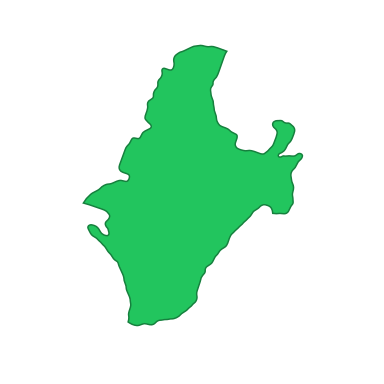 Las Yayas de Viajama, Azua, Dominican Republic (orthographic projection), rotated 289°
{"feature_id": "3306468B57328361484840", "entity_name": "Las Yayas de Viajama", "entity_type": "district", "adm_level": 2, "iso_a3": "DOM", "parent_name": "Dominican Republic", "parent_adm1": "Azua", "projection": "orthographic", "projection_center": [-70.973, 18.597], "detail": "fine", "context": "isolated", "style": "filled", "palette": "green", "viewbox_px": 384, "rotation_deg": 289, "n_neighbors": 0, "source": "geoboundaries", "source_scale": "gbopen_adm2", "svg_char_len": 6100}
<svg xmlns="http://www.w3.org/2000/svg" viewBox="0 0 384 384"><g transform="rotate(289 192 192)"><path d="M198.1,275.3L199.0,278.9L200.4,282.1L201.4,286.1L201.9,287.2L202.6,288.1L203.5,288.8L204.0,289.1L205.2,289.5L210.7,290.2L213.6,291.1L214.6,291.1L215.6,290.8L219.2,289.3L221.7,288.0L222.8,287.6L224.0,287.4L227.7,287.0L229.5,286.5L231.2,285.6L234.1,283.2L235.2,282.5L239.8,280.1L241.6,279.6L243.4,279.6L244.6,279.8L245.7,280.2L247.8,281.2L248.9,281.6L250.1,281.8L253.8,282.4L255.0,282.6L256.1,283.1L258.1,284.1L259.2,284.6L260.9,284.8L261.9,284.7L262.5,284.5L262.9,284.1L263.3,283.6L263.5,283.1L263.6,282.1L263.4,281.0L262.9,280.1L262.6,279.8L260.5,278.3L259.7,277.6L259.1,276.6L258.7,275.5L257.8,272.0L256.4,268.9L255.8,266.5L254.3,264.9L253.7,264.1L253.5,263.1L253.7,262.5L254.0,262.0L254.5,261.7L255.0,261.6L256.1,261.8L256.9,262.3L258.4,263.9L260.3,265.3L261.3,265.8L263.3,266.4L267.9,267.0L269.1,267.4L271.7,268.6L272.9,268.9L274.8,269.2L276.7,269.3L279.9,269.4L281.8,269.3L283.1,269.2L284.3,268.8L285.3,268.2L286.1,267.4L286.8,266.5L288.3,262.9L288.6,261.9L288.6,260.9L287.8,258.6L287.7,257.5L287.8,256.5L288.6,254.1L288.6,253.6L288.5,252.7L287.1,249.1L286.6,248.1L285.4,246.8L284.4,246.2L283.8,246.1L282.6,246.1L282.0,246.3L281.0,246.9L279.9,248.1L278.5,251.1L277.3,252.4L276.4,253.0L275.8,253.2L274.5,253.5L271.0,253.7L264.6,253.5L262.5,253.3L261.2,252.9L258.1,251.4L255.9,250.5L254.5,249.7L251.8,247.9L251.4,247.5L250.9,246.4L250.6,245.2L250.5,243.9L250.6,237.6L250.4,234.8L250.0,232.8L248.8,230.2L248.3,229.0L248.0,227.0L247.8,224.9L247.8,222.8L247.9,221.6L248.2,220.3L248.4,219.8L249.1,218.8L249.9,218.0L250.9,217.4L251.5,217.2L252.8,217.0L257.4,217.0L258.6,216.8L259.7,216.4L260.2,216.1L260.5,215.7L260.8,215.2L261.0,214.1L261.6,210.0L261.9,208.9L263.0,206.3L263.3,205.1L263.5,203.0L263.6,199.0L263.9,197.0L264.1,196.4L264.8,195.2L266.0,193.7L266.9,192.8L267.9,192.0L269.0,191.4L271.7,190.1L276.3,186.6L279.0,185.3L281.5,183.9L284.8,182.4L288.8,179.2L289.9,178.5L294.0,176.5L295.6,176.0L296.7,176.0L297.8,176.2L299.2,176.6L300.1,176.8L301.0,176.7L302.8,176.1L303.9,176.1L305.6,176.4L307.6,177.3L308.7,177.7L311.4,178.1L314.9,178.2L331.0,178.3L333.8,178.5L336.4,179.1L336.6,169.5L336.5,166.8L336.4,164.8L335.9,162.9L334.7,160.3L334.4,159.2L334.1,157.4L333.8,154.2L333.4,152.4L330.8,147.2L330.2,146.1L328.4,144.1L322.8,138.4L321.5,136.9L320.4,135.3L318.9,134.0L316.5,132.3L314.9,131.6L313.6,131.4L312.4,131.4L311.2,131.6L310.1,132.0L307.6,133.3L305.7,133.8L304.4,133.9L303.1,133.9L301.9,133.6L301.3,133.3L300.8,132.9L300.5,132.4L300.1,131.3L300.0,130.1L300.0,126.4L299.9,125.3L299.6,124.8L299.3,124.4L298.8,124.1L298.3,123.9L297.8,123.9L296.8,124.1L295.1,125.0L294.0,125.4L292.3,125.6L290.4,125.4L289.3,125.1L287.4,124.2L285.7,123.9L284.6,124.0L282.1,124.9L280.5,125.2L278.9,124.9L276.4,123.8L274.6,123.5L273.4,123.5L272.2,123.6L269.8,124.4L268.8,124.5L268.3,124.4L267.3,123.9L265.0,122.2L264.0,121.5L263.4,121.3L262.3,121.1L261.7,121.1L260.6,121.3L258.1,122.4L256.9,122.7L254.2,123.0L248.9,123.0L247.7,123.2L246.6,123.5L245.7,124.2L245.1,125.1L243.5,128.0L242.7,130.0L242.2,130.9L241.5,131.7L241.1,132.0L240.1,132.3L239.5,132.2L238.9,132.0L238.0,131.3L234.3,127.7L232.6,126.5L232.0,126.2L230.9,125.9L226.8,125.3L225.9,124.9L225.1,124.1L224.8,123.2L224.4,120.5L224.2,119.5L223.7,118.6L222.8,118.0L221.7,117.7L218.2,117.2L217.0,116.9L214.5,115.8L213.3,115.4L212.0,115.1L210.0,115.0L194.2,114.7L192.2,114.9L191.0,115.3L190.0,115.9L189.2,116.8L188.6,117.8L188.4,118.4L188.1,120.3L188.1,124.9L187.9,126.1L187.7,126.6L187.4,127.1L186.9,127.5L185.9,128.0L184.2,128.2L182.5,127.9L181.5,127.5L181.0,127.1L180.5,126.1L180.3,125.0L179.9,121.5L179.6,120.3L179.0,119.2L177.8,117.5L175.0,114.5L173.7,113.0L173.0,111.9L171.7,109.2L170.9,108.1L169.6,106.7L167.6,105.1L164.9,103.7L163.8,103.0L162.3,101.7L158.8,98.4L157.8,97.6L156.7,96.9L151.4,94.3L146.2,92.9L146.5,99.0L146.5,112.5L146.4,115.1L146.0,117.0L145.6,118.1L143.9,120.9L143.2,121.6L142.2,122.1L140.5,122.2L138.8,121.8L135.9,120.4L134.8,120.2L133.6,120.4L132.7,120.9L131.9,121.6L131.2,122.4L130.4,123.8L129.7,124.6L126.7,126.6L125.8,127.0L125.3,127.1L124.7,127.1L124.2,127.0L123.6,126.6L123.2,126.2L123.0,125.7L122.8,124.6L122.7,123.5L122.8,122.3L123.3,120.4L123.5,119.9L124.2,118.8L126.7,115.8L127.7,114.2L128.3,112.4L128.5,110.5L128.4,108.7L128.2,107.5L128.0,106.9L127.4,106.0L126.6,105.3L126.1,105.1L125.5,105.0L124.9,105.0L124.4,105.2L123.5,105.8L121.8,107.5L120.1,109.3L118.9,110.9L118.2,112.6L117.4,116.2L117.0,117.3L115.7,119.8L114.8,122.0L113.1,125.0L112.1,127.2L111.0,128.7L108.6,131.7L107.9,132.8L106.5,135.5L103.4,139.5L102.6,141.2L101.9,143.9L101.3,144.8L101.0,145.1L99.2,146.4L97.8,147.5L92.0,153.0L90.5,154.3L88.9,155.4L86.2,156.7L81.7,160.2L78.9,161.5L77.9,162.2L76.5,163.4L72.7,166.9L70.7,168.3L68.5,169.3L66.0,170.6L64.9,171.0L63.0,171.3L58.6,171.4L56.7,171.6L55.5,171.9L53.0,173.1L51.9,173.4L50.6,173.7L48.3,173.9L47.8,175.9L47.4,178.4L47.4,181.0L47.7,182.9L48.0,184.0L48.3,184.6L49.0,185.7L51.0,188.2L52.0,189.8L52.4,191.6L52.8,195.3L53.3,197.0L53.9,198.0L54.6,198.8L55.5,199.5L58.0,200.8L58.9,201.5L59.7,202.4L60.3,203.4L61.0,205.0L62.4,207.5L63.5,210.3L64.9,212.8L65.8,215.0L66.4,216.1L68.0,218.1L69.5,219.4L70.5,220.2L73.7,221.8L77.8,225.0L78.9,225.7L81.1,226.7L84.0,228.5L86.3,229.4L88.7,230.8L89.9,231.2L91.7,231.4L93.5,231.2L94.6,230.8L96.6,229.8L97.8,229.4L99.0,229.1L101.0,229.0L109.8,228.9L113.9,228.6L116.5,229.2L119.4,230.3L120.4,230.4L121.3,230.3L123.1,229.7L124.2,229.7L124.8,229.7L125.4,229.9L126.4,230.4L129.4,232.7L131.0,233.7L132.8,234.2L137.8,234.9L138.9,235.2L141.5,236.4L145.0,237.3L146.1,237.7L147.7,238.7L150.7,241.1L151.8,241.7L152.5,242.0L153.8,242.2L155.1,242.4L160.5,242.4L162.5,242.6L163.8,242.8L165.0,243.2L167.5,244.5L169.7,245.5L172.7,247.2L174.9,248.2L177.9,249.9L180.1,250.8L183.1,252.5L185.3,253.5L187.8,254.8L188.9,255.2L192.5,256.1L193.6,256.5L194.7,257.2L197.7,259.6L198.8,260.3L200.9,261.3L202.2,262.4L203.3,263.8L203.5,264.4L203.8,265.6L203.9,268.1L203.8,269.3L203.5,270.6L203.0,271.7L201.8,273.0L200.4,274.1L198.1,275.3Z" fill="#22c55e" stroke="#15803d" stroke-width="1.5"/></g></svg>